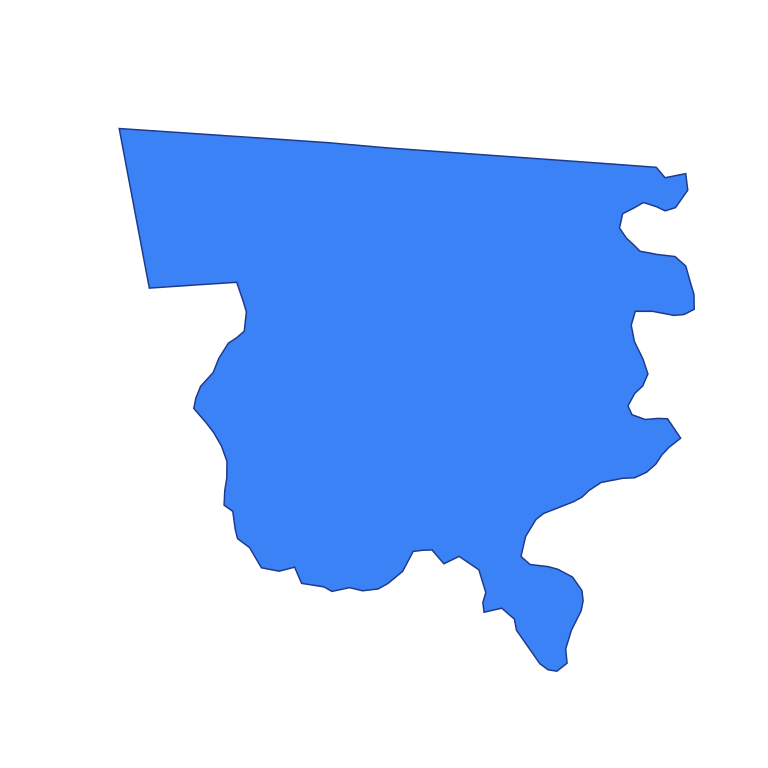 Santarém Novo, Pará, Brazil, rotated 189°
{"feature_id": "56859067B39326540925346", "entity_name": "Santarém Novo", "entity_type": "district", "adm_level": 2, "iso_a3": "BRA", "parent_name": "Brazil", "parent_adm1": "Pará", "projection": "robinson", "projection_center": [-47.361, -0.902], "detail": "fine", "context": "isolated", "style": "filled", "palette": "blue", "viewbox_px": 768, "rotation_deg": 189, "n_neighbors": 0, "source": "geoboundaries", "source_scale": "gbopen_adm2", "svg_char_len": 1555}
<svg xmlns="http://www.w3.org/2000/svg" viewBox="0 0 768 768"><g transform="rotate(189 384 384)"><path d="M149.0,640.6L179.1,638.1L412.0,618.2L426.2,617.1L477.2,613.6L685.5,594.9L630.8,442.0L588.0,451.8L545.4,461.4L536.0,443.7L531.2,433.7L530.3,414.4L536.5,406.9L544.1,400.0L551.2,383.4L554.5,368.6L564.8,353.0L567.6,340.7L568.1,330.1L554.0,318.3L544.4,309.1L534.7,297.1L527.0,283.1L524.6,266.5L524.6,253.8L523.0,239.3L513.4,234.5L508.3,217.4L504.4,208.3L491.2,201.4L476.3,183.3L458.3,182.7L443.6,189.1L434.2,174.2L411.6,174.2L403.0,171.0L386.1,177.5L372.9,176.4L357.8,180.6L348.8,187.7L336.2,202.0L329.0,223.2L319.6,225.9L310.6,227.6L296.7,215.8L282.9,225.5L261.2,215.3L250.8,193.9L252.2,183.7L249.5,174.2L232.6,181.0L218.4,172.1L214.6,161.5L186.3,132.1L177.3,127.4L168.3,127.4L159.5,136.9L163.1,150.7L160.4,170.0L153.8,190.8L153.4,201.0L156.2,211.0L167.6,222.8L183.3,228.2L193.3,229.3L211.6,228.6L221.7,235.1L220.3,255.5L212.7,274.0L206.1,281.1L178.2,297.5L170.7,303.3L165.0,310.8L154.3,320.6L133.9,328.1L121.8,330.6L110.8,338.0L102.9,347.6L98.5,357.4L92.4,366.3L82.5,376.9L98.5,394.0L108.0,392.9L120.4,389.8L134.3,392.5L139.6,400.6L134.9,413.9L128.2,422.5L124.9,435.2L132.1,449.1L143.3,465.1L149.0,480.7L147.2,495.1L130.3,497.8L108.4,497.1L98.5,499.6L89.3,506.3L91.9,521.1L96.8,531.2L104.4,547.7L116.5,555.4L134.5,554.7L151.9,555.2L159.3,560.6L167.4,566.0L175.8,574.9L174.9,589.5L164.1,597.4L156.2,603.8L142.4,601.7L133.4,599.0L123.7,603.8L114.3,623.0L118.9,639.0L138.7,631.7L149.0,640.6Z" fill="#3b82f6" stroke="#1e3a8a" stroke-width="1.5"/></g></svg>